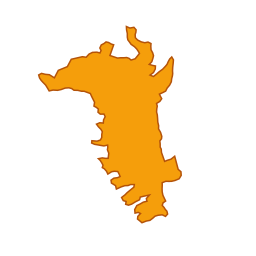 Dona Emma, Santa Catarina, Brazil (Robinson projection), rotated 250°
{"feature_id": "56859067B98019570265908", "entity_name": "Dona Emma", "entity_type": "district", "adm_level": 2, "iso_a3": "BRA", "parent_name": "Brazil", "parent_adm1": "Santa Catarina", "projection": "robinson", "projection_center": [-49.782, -26.987], "detail": "fine", "context": "isolated", "style": "filled", "palette": "amber", "viewbox_px": 256, "rotation_deg": 250, "n_neighbors": 0, "source": "geoboundaries", "source_scale": "gbopen_adm2", "svg_char_len": 2974}
<svg xmlns="http://www.w3.org/2000/svg" viewBox="0 0 256 256"><g transform="rotate(250 128 128)"><path d="M205.0,72.3L206.7,68.7L208.9,65.4L208.4,62.2L205.3,62.0L202.7,62.6L200.0,63.7L196.5,65.3L193.1,66.0L189.8,66.6L189.3,70.5L187.5,74.7L187.0,78.3L187.0,82.6L186.0,86.2L184.3,88.6L182.0,90.1L180.5,93.8L178.5,96.8L177.5,99.4L175.8,101.4L173.3,104.4L170.4,104.6L167.6,104.9L163.7,105.4L160.2,103.5L158.2,105.3L156.0,106.6L153.1,105.2L150.5,106.7L149.3,110.2L146.4,110.4L144.0,107.8L141.1,106.5L142.6,103.2L142.4,99.7L139.3,100.6L136.0,102.1L133.3,102.6L131.0,101.2L128.1,100.1L126.2,98.0L126.2,94.5L128.4,89.7L126.3,88.7L124.1,91.0L122.5,93.8L121.1,96.2L119.4,99.2L118.9,103.0L116.7,102.4L114.6,101.2L110.9,101.3L108.7,100.2L106.3,99.0L107.3,96.2L108.7,93.6L109.3,89.7L107.1,90.8L104.3,91.4L101.6,91.8L99.6,90.3L97.8,91.8L94.7,93.0L91.6,93.3L92.5,97.7L92.0,100.4L90.6,103.5L87.7,103.9L85.1,104.0L84.9,101.2L85.7,97.6L84.8,94.2L81.9,93.6L78.1,96.6L74.6,96.2L75.0,101.4L74.9,105.2L73.9,108.4L74.0,111.1L72.7,114.6L70.4,113.3L69.2,109.8L67.5,105.0L66.2,102.3L64.9,98.2L61.4,98.7L59.6,101.1L57.1,99.7L55.3,102.1L55.2,105.4L56.1,109.8L56.6,114.3L58.9,115.9L58.5,119.5L57.7,125.2L55.4,121.1L52.7,120.8L53.1,117.0L52.5,113.7L52.1,109.8L49.1,106.4L45.6,105.5L45.2,108.7L43.4,110.5L41.6,107.0L39.2,105.8L36.9,107.2L34.2,108.7L34.3,113.4L33.7,117.0L34.7,120.3L35.9,123.3L35.7,126.5L34.7,130.5L32.1,133.0L33.6,135.8L36.6,136.1L38.7,135.2L41.0,134.7L43.6,133.7L45.7,135.4L46.5,138.4L49.4,138.1L52.9,137.8L56.3,138.3L59.4,139.3L62.5,140.6L64.9,141.4L65.0,145.3L63.8,148.3L63.0,150.8L62.6,154.2L62.8,158.7L65.3,161.8L68.8,162.8L72.0,161.0L85.5,162.2L84.0,157.8L84.2,153.7L84.1,151.0L93.6,151.1L96.8,152.0L99.0,151.7L102.1,152.8L105.0,153.5L106.4,155.8L108.6,156.9L112.8,157.1L116.7,156.4L119.7,157.6L123.3,158.0L126.6,159.0L130.2,160.0L133.2,160.3L136.2,161.6L138.6,163.0L141.3,163.2L142.1,167.0L144.0,169.7L146.8,169.3L149.1,169.1L149.4,173.0L149.8,176.0L152.1,178.4L154.0,181.7L156.6,184.5L159.4,185.9L161.7,187.5L163.8,188.6L166.5,189.4L169.8,190.8L173.8,192.8L176.5,194.0L179.8,193.4L178.6,190.8L176.6,188.5L174.5,186.5L173.2,184.3L171.4,180.7L170.2,176.5L169.0,173.4L167.7,169.5L170.2,166.8L171.4,170.9L174.1,173.8L176.9,175.0L178.4,172.5L180.5,169.7L182.1,173.0L184.8,175.1L187.2,176.7L190.2,176.9L193.6,176.4L197.0,177.4L199.5,178.5L201.9,176.2L202.4,172.9L204.4,169.9L207.4,167.1L210.3,165.8L213.4,166.7L215.2,168.1L217.5,169.2L220.6,168.0L221.3,163.9L223.9,161.2L220.7,160.2L217.1,159.7L213.5,158.4L210.9,158.0L208.6,158.7L205.6,159.5L202.2,161.9L199.3,163.2L196.5,163.9L194.2,164.3L192.5,161.6L190.6,158.4L190.8,154.1L193.1,152.8L194.7,150.8L195.4,148.2L196.5,145.2L197.3,142.1L202.3,135.8L211.1,143.0L212.5,141.1L215.0,139.0L216.4,136.8L215.6,134.4L215.2,131.3L212.8,128.9L210.0,129.2L208.1,127.3L209.9,124.7L211.2,120.5L210.8,116.7L208.8,112.9L210.6,109.5L212.0,98.2L206.4,92.0L206.0,82.2L200.3,76.0L205.0,72.3Z" fill="#f59e0b" stroke="#b45309" stroke-width="1.5"/></g></svg>